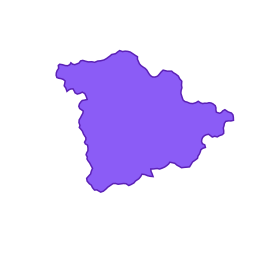 Braúnas, Minas Gerais, Brazil (orthographic projection), rotated 117°
{"feature_id": "56859067B77777041722950", "entity_name": "Braúnas", "entity_type": "district", "adm_level": 2, "iso_a3": "BRA", "parent_name": "Brazil", "parent_adm1": "Minas Gerais", "projection": "orthographic", "projection_center": [-42.719, -19.032], "detail": "fine", "context": "isolated", "style": "filled", "palette": "violet", "viewbox_px": 256, "rotation_deg": 117, "n_neighbors": 0, "source": "geoboundaries", "source_scale": "gbopen_adm2", "svg_char_len": 2826}
<svg xmlns="http://www.w3.org/2000/svg" viewBox="0 0 256 256"><g transform="rotate(117 128 128)"><path d="M178.9,101.2L177.1,99.7L174.3,97.8L171.9,97.3L170.1,96.3L168.3,95.3L165.6,94.7L162.8,94.6L161.8,91.8L161.6,88.9L161.0,86.4L159.9,83.6L157.9,85.7L156.2,87.8L154.2,89.1L152.9,86.7L151.8,85.1L150.8,83.5L150.2,81.2L148.2,79.3L146.1,77.6L143.9,76.4L141.6,75.5L139.5,75.2L138.9,73.1L138.2,70.3L138.9,67.3L138.9,64.9L139.1,62.3L137.6,60.1L136.0,57.5L134.7,55.5L132.1,55.3L129.0,55.1L126.2,53.6L123.5,52.3L121.3,52.9L118.8,52.6L116.3,52.8L114.3,53.2L112.2,52.2L110.2,50.2L108.2,51.9L108.2,54.6L106.7,56.3L104.8,57.0L102.5,57.2L100.1,56.4L98.3,55.0L97.0,53.3L97.3,51.3L97.8,48.8L96.0,47.0L95.4,44.4L93.2,43.0L91.3,41.1L89.4,40.3L87.1,41.4L84.7,43.1L82.3,43.5L80.2,44.2L77.7,43.9L76.0,41.7L74.9,39.4L73.3,37.5L70.6,39.0L68.7,40.4L67.7,42.6L68.2,46.1L67.7,50.0L69.6,51.3L71.8,51.9L73.3,53.1L73.8,56.4L72.0,57.9L70.1,58.8L68.5,60.4L67.9,63.3L68.0,65.4L68.7,67.3L70.2,69.0L71.1,71.0L72.3,72.5L72.7,74.8L72.3,77.6L74.5,78.9L76.8,81.3L77.9,84.0L78.1,87.1L78.6,89.4L78.1,91.6L76.6,93.2L75.1,94.7L73.0,96.7L70.5,97.7L67.7,98.2L65.5,99.8L61.9,101.3L60.7,104.3L58.9,106.7L58.3,109.8L58.1,112.9L57.5,114.9L58.5,116.8L59.5,118.7L60.0,120.9L60.5,123.0L63.0,123.9L65.9,124.5L68.4,125.2L70.4,127.1L71.4,129.4L71.1,131.8L70.1,134.0L69.1,135.6L67.9,137.5L67.1,139.8L66.9,141.9L66.5,144.7L65.6,147.0L64.1,148.8L62.5,150.8L60.2,151.9L60.0,154.4L59.6,157.6L59.3,160.4L59.8,162.9L60.8,165.4L62.4,167.6L62.8,170.6L64.9,171.7L67.4,172.8L68.7,174.4L69.9,175.9L72.1,176.8L74.1,177.8L75.9,178.7L78.3,180.3L80.6,183.0L82.1,185.4L84.6,187.5L85.4,190.4L87.1,193.3L87.8,196.2L88.3,199.0L89.7,200.7L92.5,201.2L94.1,202.7L95.7,204.1L96.3,206.4L95.8,208.5L98.0,208.6L99.9,210.0L100.9,212.4L101.3,215.0L102.2,217.8L103.9,218.5L106.3,216.9L109.2,217.2L111.4,216.9L113.6,216.0L115.3,214.3L115.1,212.3L114.4,210.0L114.1,207.6L114.7,205.3L117.1,204.6L119.4,204.0L120.6,201.6L123.1,199.0L121.0,198.1L119.3,196.8L118.1,194.8L119.3,192.9L120.7,191.1L120.8,188.6L118.9,186.5L116.8,185.0L116.9,182.2L119.0,179.4L121.1,177.3L122.7,179.2L124.3,181.3L126.3,181.9L128.5,182.2L131.0,181.7L132.6,179.9L132.9,177.7L133.2,175.6L135.4,174.9L137.9,175.0L140.5,175.0L142.9,175.2L145.4,174.2L147.5,172.0L149.7,171.6L150.5,169.4L151.5,167.2L153.5,165.0L154.8,162.9L155.7,161.2L157.6,160.2L160.4,160.3L161.5,158.8L161.7,156.2L164.1,154.5L166.5,153.4L169.0,153.5L170.9,153.2L172.3,151.1L174.2,150.5L175.4,148.6L176.6,146.2L178.6,143.4L180.0,141.3L183.0,141.1L186.0,140.5L188.9,141.3L191.6,142.0L193.9,140.3L195.2,137.2L195.6,134.7L197.3,132.5L198.5,129.7L197.3,127.7L197.4,125.5L197.5,123.2L195.5,121.3L192.6,120.0L189.8,119.1L186.5,117.3L184.3,116.1L183.1,113.9L182.6,111.3L181.1,109.1L179.5,106.8L178.5,104.4L178.9,101.2Z" fill="#8b5cf6" stroke="#5b21b6" stroke-width="1.5"/></g></svg>